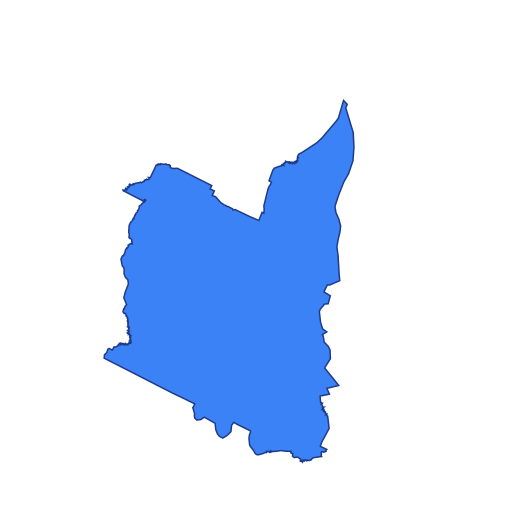 Agusan del Sur, Agusan del Sur, Philippines (Albers equal-area conic projection), rotated 26°
{"feature_id": "2640588B20221108717018", "entity_name": "Agusan del Sur", "entity_type": "district", "adm_level": 2, "iso_a3": "PHL", "parent_name": "Philippines", "parent_adm1": "Agusan del Sur", "projection": "albers", "projection_center": [125.526, 8.58], "detail": "fine", "context": "isolated", "style": "filled", "palette": "blue", "viewbox_px": 512, "rotation_deg": 26, "n_neighbors": 0, "source": "geoboundaries", "source_scale": "gbopen_adm2", "svg_char_len": 6165}
<svg xmlns="http://www.w3.org/2000/svg" viewBox="0 0 512 512"><g transform="rotate(26 256 256)"><path d="M126.5,217.9L126.6,231.9L125.1,232.5L126.0,232.8L125.9,233.6L126.2,234.1L125.4,234.7L124.0,234.8L123.9,235.8L123.1,236.0L122.6,236.8L122.9,237.9L122.5,238.3L122.1,238.3L120.9,240.4L119.6,240.3L119.2,241.0L116.1,243.2L114.9,244.6L115.0,245.1L114.1,244.9L114.1,245.8L113.5,245.8L113.5,246.3L113.0,246.5L112.6,247.3L111.2,246.7L111.3,247.2L110.9,247.6L111.7,248.2L111.0,249.2L111.5,249.0L111.7,249.3L111.6,249.8L110.7,249.5L111.2,250.0L110.6,250.7L110.5,251.3L111.1,251.8L110.4,252.4L110.6,252.9L110.0,252.6L110.3,253.1L109.8,253.7L109.3,253.4L109.3,254.8L108.9,254.5L108.5,255.1L108.2,254.5L108.2,254.8L107.5,255.0L107.9,255.5L127.8,256.0L128.1,255.6L129.0,256.1L130.7,256.2L131.2,255.4L130.9,254.8L131.4,254.6L131.1,254.1L131.9,253.8L132.5,254.1L132.1,256.4L131.7,256.3L130.5,259.0L130.7,259.8L129.1,262.4L130.0,263.9L130.0,266.7L129.6,267.1L130.0,267.5L130.1,268.4L129.3,270.5L129.6,272.5L129.3,272.8L129.6,273.6L129.3,273.3L129.3,273.6L129.7,274.9L129.2,275.8L129.8,276.2L129.2,276.6L129.3,279.1L128.5,280.6L128.6,284.1L131.2,290.6L132.5,291.9L133.7,295.0L134.4,295.4L135.1,295.1L135.2,295.5L136.0,295.3L137.3,295.9L137.8,297.4L138.5,297.7L139.1,298.7L138.8,299.0L139.4,299.4L139.0,299.7L138.3,299.3L136.9,301.2L136.9,302.1L136.4,302.3L137.2,304.0L136.6,304.9L136.7,305.8L136.2,305.8L136.1,308.0L136.8,311.3L136.5,312.4L136.8,313.4L136.7,314.0L136.2,314.1L135.9,314.6L136.0,318.0L140.0,323.3L143.0,325.0L145.2,329.8L148.0,332.4L151.4,333.7L153.6,337.3L154.3,345.8L155.5,351.5L161.0,356.4L160.4,358.2L160.7,361.3L160.3,361.4L160.8,364.2L161.8,365.1L162.8,364.9L162.9,365.4L163.9,365.0L165.5,366.0L165.9,366.6L165.6,366.9L167.3,367.4L167.5,368.4L168.4,368.5L168.8,370.5L169.5,370.3L169.7,370.8L169.4,371.2L169.9,371.8L170.5,371.8L170.7,372.3L170.3,372.6L171.0,373.5L171.0,374.3L171.7,374.5L172.0,375.0L171.7,375.8L173.0,375.6L172.8,376.2L173.5,376.2L173.4,376.8L173.8,377.1L173.6,377.5L173.9,377.9L173.3,379.0L174.2,378.9L174.4,379.5L175.1,379.3L174.8,380.5L173.9,381.0L174.3,381.8L175.3,381.3L175.7,382.4L176.0,382.0L176.7,382.1L176.8,381.6L177.9,382.7L177.4,382.9L177.6,383.1L178.5,382.7L178.2,383.5L178.7,383.9L178.1,384.3L178.4,384.6L179.1,384.1L178.5,384.8L179.5,385.4L179.4,386.7L179.8,386.9L180.2,386.4L180.4,387.1L179.9,387.5L181.0,387.7L180.4,388.5L180.9,389.0L181.6,388.8L181.7,389.4L180.9,389.4L180.8,389.8L179.8,389.4L180.0,390.4L179.4,391.1L179.7,391.2L179.8,392.0L178.8,392.0L178.8,392.4L178.2,392.7L177.7,392.1L177.4,392.4L177.0,392.1L176.9,392.8L176.6,392.3L175.9,393.5L175.4,393.0L175.0,393.7L174.5,393.3L174.3,393.7L173.9,393.5L173.6,394.3L173.2,394.0L173.0,394.9L172.5,393.8L172.1,394.5L171.5,394.4L171.5,396.1L171.1,396.4L171.4,397.0L169.7,399.4L168.2,400.0L168.1,403.5L164.5,403.5L163.7,404.8L164.2,408.3L163.1,411.2L164.3,414.4L240.8,415.8L265.7,415.7L265.9,418.7L265.6,419.9L269.8,424.5L270.7,426.8L272.0,428.5L274.7,429.4L278.2,427.1L280.2,423.5L292.6,424.3L295.9,429.6L299.3,432.8L302.3,434.1L306.0,434.2L308.9,429.5L310.5,424.9L308.3,419.0L308.9,415.3L313.7,415.6L327.5,415.6L328.0,415.9L328.3,416.8L328.5,419.7L329.6,423.0L332.9,428.3L334.3,429.6L338.7,431.7L342.0,433.9L343.6,434.2L345.2,433.7L348.7,430.7L350.7,428.3L351.5,428.1L351.1,427.0L351.6,426.5L352.6,426.4L352.8,426.7L353.6,426.1L354.1,426.4L354.4,425.6L354.9,426.2L355.4,425.8L355.1,424.9L355.6,425.2L356.1,424.6L356.9,424.5L357.1,424.0L359.5,422.9L363.6,420.0L368.6,418.3L373.5,416.0L373.2,416.4L373.5,417.5L374.0,417.8L375.8,417.6L376.5,419.8L378.7,420.4L381.4,418.6L382.3,418.6L385.4,419.1L385.5,420.4L385.9,421.1L387.3,420.4L388.2,421.0L388.3,420.3L387.1,419.6L387.7,418.7L389.4,419.0L389.5,417.5L391.5,417.9L391.6,417.0L393.7,416.4L394.3,415.5L394.8,415.4L395.3,413.2L396.3,411.9L402.8,407.5L402.1,407.1L401.8,405.6L400.9,404.5L400.8,403.3L401.1,402.9L402.9,402.7L404.5,400.9L403.9,400.6L404.4,398.8L397.2,398.9L396.7,394.5L397.3,378.9L390.6,368.5L389.6,368.5L388.9,366.9L388.3,367.7L388.3,367.0L386.7,366.5L387.0,366.2L386.7,365.7L385.5,365.5L385.1,365.0L385.0,365.7L384.4,365.8L383.6,364.3L383.6,364.8L382.9,365.0L383.8,362.9L383.2,363.4L382.3,363.4L383.2,362.1L382.5,362.4L380.3,360.7L379.8,360.8L380.2,359.2L379.3,359.5L379.0,359.0L378.3,359.4L375.0,353.8L382.6,348.0L377.7,343.9L387.1,336.1L366.7,326.5L367.9,315.7L363.7,308.0L360.5,305.5L355.0,303.5L351.5,298.4L350.1,297.5L352.9,293.2L347.8,292.3L343.1,287.3L337.3,278.2L337.1,275.7L338.7,269.2L341.8,267.3L340.2,259.2L332.8,258.5L332.8,250.7L334.8,249.9L342.1,241.4L339.1,236.6L329.6,219.7L324.6,212.2L322.3,204.1L321.0,197.8L318.9,191.9L314.3,186.6L308.7,181.8L305.2,176.7L303.5,164.5L302.5,151.1L303.1,141.5L301.4,127.9L296.3,115.2L289.4,102.6L271.7,83.5L271.5,79.7L266.5,77.8L269.6,96.0L269.1,99.1L263.5,121.1L261.0,127.6L251.7,143.2L250.2,145.0L249.7,146.7L249.8,148.9L250.1,149.2L250.8,149.1L250.5,150.5L250.9,150.6L250.9,151.4L251.5,151.8L251.0,152.0L251.1,152.4L250.5,153.0L251.7,153.4L251.6,154.0L251.4,154.2L251.1,153.6L250.7,154.2L250.4,153.7L250.2,154.4L249.9,154.2L250.1,153.8L249.8,153.8L249.1,154.8L250.1,154.7L250.2,155.6L249.7,155.2L249.1,156.1L249.4,155.4L248.3,155.7L248.8,156.2L248.4,156.5L248.1,156.0L247.5,156.0L248.0,156.9L246.8,156.6L246.4,157.5L246.0,157.0L245.8,157.6L245.4,157.5L245.3,158.0L244.8,157.9L244.6,156.8L243.9,157.2L243.6,157.8L242.3,157.6L242.0,158.1L241.3,158.0L241.7,158.6L240.9,159.3L241.2,160.2L240.1,160.8L241.0,161.9L240.4,161.7L240.6,162.3L239.2,162.6L239.1,163.0L239.7,163.1L239.6,163.9L237.6,165.2L234.0,169.0L233.5,171.2L234.7,182.7L237.5,182.8L237.7,185.3L237.3,187.0L237.3,190.0L241.1,207.5L242.8,210.3L244.3,214.2L242.3,214.1L243.0,222.8L233.4,223.3L216.8,223.4L215.5,224.8L214.2,223.8L211.0,223.9L209.6,223.6L207.8,224.3L206.7,223.7L205.3,224.2L202.9,223.6L201.3,223.6L193.6,220.4L190.2,220.9L190.0,215.7L185.4,215.9L185.4,212.1L147.0,211.6L142.8,213.8L140.5,214.1L139.7,213.5L139.7,212.8L139.3,212.3L138.4,212.4L137.9,212.0L136.0,212.9L134.8,213.1L134.7,212.8L132.6,214.2L131.1,214.5L130.4,215.4L129.9,215.0L129.6,215.9L129.1,215.6L127.9,217.0L127.7,216.4L127.3,216.8L127.6,217.3L126.5,217.9Z" fill="#3b82f6" stroke="#1e3a8a" stroke-width="1.5"/></g></svg>